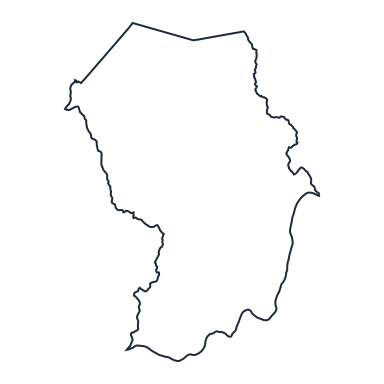 outline of Petrolina, Pernambuco, Brazil
{"feature_id": "56859067B80055839587511", "entity_name": "Petrolina", "entity_type": "district", "adm_level": 2, "iso_a3": "BRA", "parent_name": "Brazil", "parent_adm1": "Pernambuco", "projection": "natural_earth1", "projection_center": [-40.564, -9.053], "detail": "fine", "context": "isolated", "style": "outline", "palette": "slate", "viewbox_px": 384, "rotation_deg": 0, "n_neighbors": 0, "source": "geoboundaries", "source_scale": "gbopen_adm2", "svg_char_len": 5689}
<svg xmlns="http://www.w3.org/2000/svg" viewBox="0 0 384 384"><path d="M65.0,109.0L66.5,109.8L67.6,109.7L69.0,110.2L74.6,107.2L75.8,106.7L76.9,106.5L77.8,106.5L78.7,107.5L79.4,110.1L80.0,112.0L81.8,113.9L82.7,114.9L84.1,116.0L84.8,118.9L86.2,120.3L86.2,122.4L86.5,125.1L87.1,128.0L88.8,131.5L90.0,132.8L90.6,133.8L91.1,135.6L91.3,137.6L92.4,138.7L94.3,139.4L95.6,140.2L96.5,141.1L96.7,142.4L96.7,144.5L97.5,148.7L98.1,150.7L99.0,151.2L100.1,151.3L101.4,152.7L101.6,154.5L101.3,163.9L101.7,165.4L102.1,166.8L102.7,167.9L103.3,169.7L104.8,171.7L106.4,173.4L107.2,174.9L107.1,176.9L107.3,179.4L108.0,180.4L108.7,181.7L108.1,183.2L108.8,184.6L110.3,186.4L110.3,189.1L111.1,191.6L110.7,193.7L110.9,195.6L111.7,196.9L112.4,198.3L111.7,201.5L112.3,203.1L115.0,204.5L115.7,207.8L117.5,209.8L119.3,210.2L121.0,210.0L122.8,210.3L123.4,212.3L124.4,212.2L125.7,211.0L126.9,210.8L128.2,211.3L129.2,211.7L130.2,212.6L131.3,213.2L133.5,212.5L133.3,213.6L133.7,215.1L133.2,216.4L133.6,218.1L135.7,217.5L137.8,219.2L140.7,219.6L141.7,219.9L142.7,221.4L145.2,223.8L149.3,226.5L150.6,227.0L152.7,227.1L154.5,226.4L156.0,225.4L157.4,225.1L158.4,226.4L160.3,230.6L162.1,232.7L163.8,234.0L162.9,236.0L162.1,238.9L162.7,240.1L162.3,242.3L162.9,244.0L162.6,245.4L161.7,247.0L160.7,247.3L160.1,248.4L159.3,249.9L158.8,251.7L158.7,253.0L159.1,254.3L156.1,260.0L154.8,262.5L155.7,263.2L155.9,264.9L156.3,266.0L157.2,266.6L157.0,268.2L156.0,270.3L156.8,272.4L158.9,272.5L159.1,274.8L158.3,276.2L157.8,277.7L157.5,279.3L157.0,280.6L155.3,281.7L152.3,282.2L150.1,283.6L150.3,286.0L150.1,287.3L148.0,289.2L147.0,290.7L145.9,291.4L144.5,291.1L142.7,290.0L141.2,289.0L139.7,287.8L138.5,289.2L138.0,291.2L136.4,291.8L135.3,292.3L134.5,293.1L133.8,294.6L134.1,295.8L135.3,296.3L138.4,299.8L139.4,301.4L140.0,303.9L139.0,306.1L138.8,307.8L139.8,310.4L139.3,312.0L137.7,314.6L137.0,317.0L137.2,318.5L138.0,320.3L138.3,321.7L138.1,323.8L137.9,324.9L137.9,327.4L138.2,329.1L137.1,330.5L135.6,331.0L133.5,332.5L132.1,332.6L131.1,333.3L130.8,334.7L132.4,338.6L132.6,339.9L132.2,341.1L130.9,344.1L130.0,346.3L129.1,346.9L126.8,349.8L129.9,349.1L131.5,348.2L133.1,347.6L134.1,346.7L135.9,345.7L137.4,345.5L142.5,346.0L145.2,346.5L146.8,347.2L147.8,347.9L149.9,349.3L152.3,351.1L159.1,354.9L165.3,356.7L167.3,357.1L168.6,357.3L169.8,357.9L171.4,358.9L174.4,360.3L177.0,360.9L179.1,361.0L180.9,360.2L183.6,358.6L187.0,355.6L188.4,354.8L190.8,354.3L192.4,354.9L194.7,355.0L195.7,354.7L198.3,353.6L201.5,351.2L202.5,349.9L203.3,348.9L204.0,347.7L204.5,346.6L205.1,344.8L205.5,341.2L205.9,339.8L206.4,338.3L207.4,336.5L208.6,335.4L209.5,334.4L210.5,333.9L212.2,333.7L213.2,333.3L214.1,332.8L215.7,331.6L216.6,331.3L218.5,331.8L219.7,332.0L221.5,331.9L224.6,333.2L225.8,333.9L226.5,334.8L227.8,336.0L228.9,336.5L230.2,336.8L231.2,336.5L231.7,335.5L232.2,334.1L234.1,332.0L235.2,330.9L236.1,329.4L236.5,327.1L237.0,325.8L237.6,324.5L238.1,323.5L240.4,317.2L240.9,316.0L242.0,313.6L242.7,312.4L243.7,311.4L246.6,310.0L248.0,309.6L249.3,309.9L250.5,310.7L252.5,313.9L253.5,314.7L257.1,317.5L263.8,320.1L266.4,320.3L267.6,319.9L268.9,319.4L269.8,318.2L270.6,317.2L271.5,316.1L274.8,312.6L276.1,310.3L276.5,309.0L276.3,307.6L275.6,305.6L275.3,302.9L275.4,301.5L275.7,299.8L277.1,295.7L279.3,291.4L281.5,284.1L283.1,282.2L283.9,280.9L284.7,279.5L285.3,277.8L286.1,274.5L286.1,273.0L287.2,270.1L287.2,266.7L287.5,263.7L287.8,262.1L288.7,259.3L289.4,255.1L291.3,248.2L292.6,244.2L292.7,242.7L292.2,238.4L291.5,236.1L290.2,232.8L290.0,230.9L290.2,228.9L291.7,221.7L292.4,217.4L293.7,213.6L295.1,208.3L295.9,206.2L297.0,203.6L298.0,202.0L299.3,200.0L300.0,199.1L302.9,196.0L305.6,193.9L307.1,193.0L308.6,192.6L311.1,192.7L313.8,193.4L315.5,194.3L317.2,195.1L319.0,195.8L318.6,193.0L317.3,192.4L316.1,191.1L315.0,190.1L314.7,188.0L314.2,186.6L311.5,184.4L310.7,182.9L311.2,181.5L311.3,180.2L310.8,178.0L310.1,176.5L308.8,174.6L307.3,171.8L306.2,171.4L304.2,169.1L302.8,168.0L301.4,167.4L300.2,168.1L299.5,169.1L298.3,170.4L297.6,171.6L296.2,173.2L294.9,174.1L293.9,174.5L292.1,171.6L290.8,171.1L290.5,170.0L289.1,168.6L289.0,167.1L288.2,166.0L288.5,163.6L290.0,161.5L290.1,160.2L289.1,157.6L287.4,155.6L286.7,154.5L286.3,153.3L287.2,151.7L288.2,149.8L288.9,147.3L290.9,147.8L293.0,145.8L294.6,144.8L296.8,144.0L297.5,142.7L296.4,141.6L296.7,140.0L297.1,138.6L296.8,137.2L296.2,135.9L296.3,134.1L297.1,132.4L294.7,129.2L293.2,128.0L292.8,126.7L292.0,126.0L291.4,125.1L289.8,124.3L289.0,123.4L288.7,122.0L288.6,120.6L287.6,119.7L286.4,119.8L284.9,118.5L284.1,117.1L282.6,116.7L280.7,116.5L279.5,117.7L277.2,117.3L276.0,117.1L274.8,117.4L273.1,117.4L271.0,116.7L270.2,115.5L269.1,114.5L267.2,113.7L266.8,112.2L267.0,110.2L267.3,108.9L267.9,107.2L266.9,105.6L266.6,102.2L267.3,100.0L266.7,99.1L265.7,98.2L264.5,97.4L263.5,97.3L262.4,97.0L261.3,95.9L260.3,96.3L259.4,95.6L258.6,94.8L257.9,94.2L256.8,93.5L256.5,92.2L255.9,91.2L255.3,89.6L256.3,87.7L257.0,86.3L255.6,85.4L254.9,84.0L256.0,82.4L255.0,78.5L254.0,77.1L254.3,75.6L253.7,74.1L254.9,73.2L255.6,72.4L254.8,70.4L255.1,69.2L255.8,68.2L256.0,66.7L256.6,64.3L255.4,62.5L255.3,60.8L255.9,59.4L256.6,57.5L256.5,56.1L256.8,54.9L256.3,52.9L256.5,51.7L256.4,50.0L255.3,49.6L254.4,49.0L253.1,48.9L252.5,47.9L252.0,44.5L248.8,40.8L248.1,39.3L247.9,37.4L246.9,36.1L245.7,33.5L243.8,31.4L208.6,37.7L199.2,39.4L193.5,40.3L190.8,39.6L132.6,23.0L128.9,27.9L127.5,29.5L100.2,61.2L99.3,62.1L95.9,66.1L94.6,67.6L87.0,76.4L81.1,83.0L78.6,81.6L76.6,82.3L76.3,80.7L75.0,80.2L75.0,81.5L73.5,83.0L71.8,84.4L71.1,85.6L70.6,87.0L70.3,88.3L70.3,89.9L70.8,91.3L70.7,93.6L70.2,96.1L70.9,98.0L70.6,100.5L70.1,101.9L68.7,104.5L67.8,105.1L67.1,106.2L66.0,107.3L65.0,109.0Z" fill="none" stroke="#1e293b" stroke-width="2"/></svg>